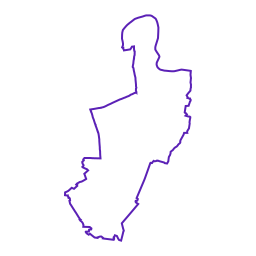 the district of Salienas pag., Daugavpils, Latvia
{"feature_id": "27541924B74308998614766", "entity_name": "Salienas pag.", "entity_type": "district", "adm_level": 2, "iso_a3": "LVA", "parent_name": "Latvia", "parent_adm1": "Daugavpils", "projection": "orthographic", "projection_center": [26.895, 55.819], "detail": "fine", "context": "isolated", "style": "outline", "palette": "violet", "viewbox_px": 256, "rotation_deg": 0, "n_neighbors": 0, "source": "geoboundaries", "source_scale": "gbopen_adm2", "svg_char_len": 5435}
<svg xmlns="http://www.w3.org/2000/svg" viewBox="0 0 256 256"><path d="M82.5,167.2L85.4,168.6L86.9,169.2L88.1,170.4L84.3,173.8L84.9,175.3L85.8,178.0L86.1,178.5L86.2,178.9L86.2,179.0L83.3,180.7L81.6,181.6L79.8,182.0L79.6,182.1L77.0,183.6L77.3,184.1L77.3,184.3L76.3,184.7L77.2,185.9L74.0,188.8L71.7,187.8L69.1,190.2L68.1,191.0L67.3,191.4L67.0,191.6L66.7,191.7L65.1,192.4L65.0,195.2L67.6,195.6L67.8,195.5L68.1,196.6L68.2,197.0L68.4,197.3L68.4,197.6L68.5,197.9L69.3,197.7L69.6,198.2L70.0,199.1L69.9,199.6L69.9,199.8L69.1,200.0L69.9,199.9L69.9,200.1L70.0,200.4L69.8,200.5L69.4,200.8L69.5,201.1L69.6,201.5L69.9,202.9L70.1,203.7L70.3,204.1L71.1,205.2L71.7,206.2L72.2,207.0L75.2,211.7L75.9,212.7L78.6,217.1L79.5,218.4L80.0,219.2L80.4,219.5L79.8,219.8L80.0,220.0L80.2,220.5L80.8,221.0L81.4,221.4L82.1,222.2L82.6,222.9L82.8,223.2L83.0,223.6L83.1,224.2L83.2,224.4L83.5,225.0L83.4,225.3L83.4,225.8L83.3,226.8L89.7,227.0L91.4,228.4L91.2,229.4L89.1,229.7L88.9,231.5L85.8,231.7L85.7,231.9L86.6,233.3L88.7,234.7L90.0,233.8L92.7,236.0L94.6,237.5L97.5,237.9L97.5,237.4L100.2,236.5L101.3,236.5L103.1,237.9L102.9,238.4L104.0,238.6L113.7,239.8L114.1,239.0L113.7,238.3L114.1,237.8L113.7,237.2L114.6,236.1L114.9,235.3L116.9,236.0L118.2,238.7L119.1,240.0L121.1,240.6L122.3,235.9L123.4,231.4L123.8,230.8L123.0,228.1L121.8,223.3L129.5,214.3L138.2,204.0L136.0,202.5L135.9,202.4L135.8,202.2L135.6,201.8L135.6,201.6L135.6,201.2L135.7,200.9L135.9,200.9L137.2,200.7L137.3,200.6L137.8,199.2L137.8,198.9L137.5,198.7L137.0,198.4L136.6,198.1L144.3,179.9L145.1,177.8L146.7,173.3L148.9,167.1L150.3,163.1L150.6,162.8L150.8,162.8L151.7,163.1L151.8,163.1L152.1,163.0L152.8,161.8L153.7,160.9L154.1,161.2L154.3,161.3L155.9,161.1L156.8,160.8L157.1,160.8L157.1,160.7L157.3,160.7L157.6,160.6L158.4,160.8L158.6,160.9L158.8,161.0L159.1,161.1L164.1,162.5L164.3,162.6L164.7,163.1L166.9,163.5L167.1,163.5L168.3,161.3L168.6,158.9L168.8,157.4L168.9,157.0L169.0,156.7L170.0,155.1L170.3,154.1L170.5,153.6L170.6,152.1L170.6,151.9L170.8,151.7L171.3,151.2L172.8,150.1L174.0,148.5L174.6,147.9L175.5,147.2L176.5,146.7L177.2,146.0L177.4,145.8L177.8,145.3L178.2,144.6L178.7,144.1L179.4,143.6L179.8,143.2L180.0,143.0L180.1,142.8L180.2,142.6L180.3,142.3L180.2,141.5L180.2,141.4L180.4,141.0L180.4,140.9L180.4,140.4L182.5,136.6L183.6,134.6L184.1,132.9L187.2,132.9L187.1,132.6L187.3,131.0L189.0,128.3L189.1,127.3L189.3,126.1L189.7,123.5L189.7,123.4L189.6,122.9L189.5,122.4L189.6,121.6L189.9,119.6L190.2,118.3L190.3,117.4L190.3,117.1L189.7,116.6L188.3,116.5L186.2,115.9L185.6,115.7L186.9,114.4L186.0,113.3L185.5,113.0L185.0,112.8L184.7,112.4L185.7,106.0L188.6,105.8L189.4,103.3L189.7,102.6L189.9,101.7L190.3,101.3L190.4,100.9L190.7,100.2L190.7,99.9L190.5,99.7L190.4,99.4L190.1,99.2L190.0,98.5L189.7,98.5L189.4,98.6L188.9,98.4L188.5,98.3L187.7,98.0L187.4,97.9L187.5,97.7L187.7,97.3L186.6,95.3L188.4,93.0L190.4,90.7L190.5,89.7L190.5,89.2L190.7,88.2L191.0,87.3L190.9,86.2L191.0,84.8L190.7,83.4L190.5,82.4L190.7,80.8L190.9,78.4L191.0,78.2L190.6,75.6L190.5,74.3L190.7,72.8L190.6,72.6L190.8,71.5L190.8,70.9L190.3,70.8L183.9,69.9L181.6,69.6L181.0,69.7L179.9,69.9L177.5,70.5L174.4,71.2L172.3,71.3L169.5,71.1L166.6,70.8L164.3,70.6L162.3,70.1L160.9,69.8L159.9,69.4L159.6,69.2L158.9,68.6L158.0,67.8L157.4,67.0L156.8,65.4L156.6,64.6L156.7,63.0L156.9,62.3L159.1,57.6L159.3,57.1L159.4,56.4L158.9,55.2L156.9,52.2L155.9,50.6L155.4,49.7L155.3,49.3L155.3,48.6L155.3,47.8L155.3,47.2L155.4,46.8L155.6,45.9L155.9,44.9L157.0,41.4L158.0,38.1L158.3,31.8L158.4,27.5L157.7,24.1L157.2,22.2L156.5,20.4L155.9,19.1L155.6,18.7L155.3,18.4L153.6,17.2L151.9,16.0L151.5,15.8L150.5,15.5L149.5,15.4L148.0,15.4L146.2,15.4L145.0,15.7L142.7,16.5L138.3,17.7L135.5,18.7L135.0,18.9L134.6,19.1L133.7,19.8L130.5,22.3L129.5,23.0L128.3,24.1L127.9,24.3L126.3,25.9L124.4,28.1L122.9,30.0L122.6,31.2L122.3,32.4L122.1,34.7L122.0,38.6L122.1,39.1L122.7,41.7L123.0,43.6L123.0,45.2L122.7,46.0L122.1,47.4L122.8,48.0L123.3,47.9L123.3,48.8L123.6,49.4L123.9,49.8L124.0,50.4L130.2,49.4L130.3,49.2L130.7,48.8L130.9,48.4L131.1,48.1L131.5,47.6L131.6,47.3L131.8,47.0L131.9,46.7L134.0,46.4L134.0,49.0L134.1,49.4L134.1,49.9L134.4,51.2L134.7,51.4L134.6,55.1L134.3,56.0L134.2,56.3L134.0,57.9L133.9,58.7L134.0,58.7L133.9,59.4L133.6,60.5L133.4,62.4L133.3,63.6L133.1,64.5L132.7,66.8L132.8,67.2L133.2,67.5L133.5,68.4L133.6,69.0L133.8,70.4L134.3,72.6L134.7,74.8L135.4,77.5L135.5,79.0L135.5,79.8L135.6,80.5L136.0,84.7L136.0,86.2L136.1,86.7L136.4,87.8L136.0,88.4L135.9,90.6L136.4,92.0L136.4,92.5L136.3,92.4L135.4,92.9L134.6,92.9L134.5,93.0L132.4,94.1L130.5,94.8L129.7,95.5L128.5,96.1L127.1,96.6L125.1,97.5L124.2,97.8L121.8,98.8L121.3,99.0L120.0,99.4L112.6,102.8L110.6,103.8L108.3,104.8L107.5,105.2L105.6,106.2L103.5,107.1L103.4,107.1L102.3,107.4L100.9,107.7L100.9,107.8L99.6,108.0L99.0,108.0L94.7,108.8L90.3,109.5L90.8,110.7L90.7,110.7L91.3,112.4L91.7,113.1L92.4,115.5L92.8,117.3L93.8,119.8L94.4,121.8L94.8,123.0L95.0,123.6L95.3,124.2L95.2,124.2L95.6,125.3L95.6,125.5L96.0,126.6L96.4,127.5L96.7,128.5L97.1,129.6L97.2,129.9L97.4,130.7L97.5,130.7L98.1,132.3L98.0,132.5L98.4,133.2L98.8,135.6L99.3,139.4L99.3,140.9L99.5,143.7L99.8,147.4L99.8,149.1L100.1,151.2L100.1,151.9L100.2,154.8L100.5,158.4L92.6,158.2L90.3,158.0L87.2,158.0L85.1,158.0L84.5,158.0L84.0,158.5L83.3,159.4L83.6,159.8L83.8,160.4L83.6,160.6L83.0,161.0L82.2,162.0L82.3,162.5L82.5,162.7L82.5,163.5L83.0,164.3L83.6,165.2L83.2,166.2L82.4,166.7L82.4,166.9L82.5,167.2Z" fill="none" stroke="#5b21b6" stroke-width="2"/></svg>